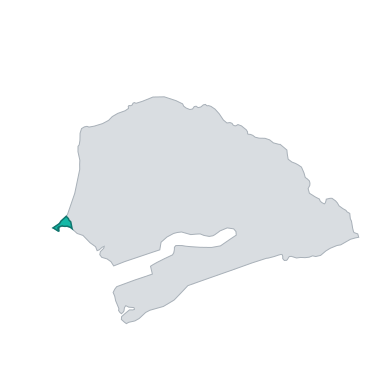 Dakar on a map of Senegal (Albers equal-area conic projection), rotated 341°
{"feature_id": "SEN-759", "entity_name": "Dakar", "entity_type": "Region", "adm_level": 1, "iso_a3": "SEN", "parent_name": "Senegal", "parent_adm1": "", "projection": "albers", "projection_center": [-17.3, 14.755], "detail": "fine", "context": "in_parent", "style": "filled", "palette": "teal", "viewbox_px": 384, "rotation_deg": 341, "n_neighbors": 0, "source": "natural_earth", "source_scale": "10m", "svg_char_len": 3480}
<svg xmlns="http://www.w3.org/2000/svg" viewBox="0 0 384 384"><g transform="rotate(341 192 192)"><path d="M290.9,175.7L295.4,183.2L294.5,186.9L293.6,192.3L296.2,196.2L299.1,198.6L301.2,200.9L303.6,204.1L304.1,210.5L303.8,215.1L305.3,217.2L306.6,219.8L306.4,222.0L305.6,224.0L302.9,226.6L302.6,231.4L307.2,237.1L310.2,240.2L310.2,242.0L311.1,244.0L313.2,246.3L314.5,245.7L315.9,243.8L316.6,242.5L320.5,242.9L322.3,243.5L324.9,247.2L325.9,249.7L326.5,252.9L329.2,256.8L331.6,259.5L332.1,261.2L334.2,263.6L333.0,268.8L333.3,271.5L332.1,278.6L331.8,281.9L332.0,283.1L335.1,285.6L334.9,289.1L331.7,288.6L326.3,288.3L315.4,290.4L311.7,289.8L304.5,290.2L299.4,291.3L293.0,293.8L288.0,293.3L285.2,291.6L281.6,291.8L277.6,290.9L273.3,289.2L269.3,288.4L265.0,285.2L263.0,284.7L261.7,285.6L260.5,286.7L259.3,287.4L257.0,286.8L256.1,284.6L256.8,282.5L257.0,280.9L255.9,280.0L253.3,279.8L249.1,279.8L242.4,279.3L240.8,278.9L225.8,278.6L210.2,278.8L197.0,278.9L180.3,279.0L168.5,279.1L157.6,279.2L149.2,283.6L140.0,288.3L127.7,290.9L113.6,290.1L109.0,290.8L104.3,292.9L100.9,294.4L96.0,295.3L89.7,294.6L87.1,295.1L85.6,292.9L83.7,289.5L84.9,286.9L88.7,285.3L94.5,283.1L97.5,284.2L99.3,284.3L99.6,282.9L99.1,282.2L94.7,280.3L92.4,277.9L90.5,279.3L88.9,282.4L87.6,283.3L85.6,284.1L84.5,282.1L84.0,280.1L84.9,278.5L84.4,269.9L85.0,265.3L84.7,261.3L87.4,258.7L90.0,257.0L100.1,256.8L109.5,256.6L118.5,256.7L127.8,256.7L128.6,248.7L131.5,248.0L135.9,247.2L144.0,246.1L153.1,245.1L155.0,243.5L156.5,240.9L157.4,238.5L159.3,237.4L161.8,238.2L165.1,239.4L168.6,241.3L172.6,243.1L175.2,244.2L181.6,246.9L192.4,250.8L201.4,252.2L212.1,249.2L219.8,247.2L220.7,243.7L219.4,240.4L213.6,237.4L205.8,237.9L203.4,238.7L199.7,239.8L197.5,240.2L193.8,239.6L189.1,236.9L186.1,234.3L182.0,233.1L177.0,231.9L169.1,226.4L165.0,225.5L161.1,225.2L153.7,226.4L146.4,229.4L142.7,236.2L135.4,236.1L119.9,236.0L105.7,235.9L93.9,236.4L92.7,231.5L89.9,227.6L85.4,224.4L84.4,221.3L85.9,218.6L90.3,216.4L91.3,214.8L89.0,215.0L85.5,216.5L83.2,216.6L83.0,212.3L79.1,206.8L74.8,197.6L69.9,193.8L65.8,186.3L61.6,183.4L57.6,182.1L54.3,182.3L53.1,185.8L48.9,180.8L54.6,179.1L66.8,172.9L80.7,155.1L93.2,134.1L94.8,129.2L96.3,125.4L97.3,116.8L99.1,111.7L100.7,110.7L102.8,106.8L105.3,100.0L108.2,96.1L111.4,95.4L114.0,95.7L115.8,97.1L121.0,97.9L129.7,98.2L136.5,97.1L141.2,94.7L147.4,93.5L155.2,93.4L159.2,92.3L159.6,90.3L160.6,89.7L162.2,90.5L163.8,90.2L165.2,88.8L166.6,88.7L168.0,89.9L174.5,90.1L186.0,89.5L196.8,93.0L206.7,100.5L211.8,105.6L212.1,108.2L213.8,110.7L216.8,113.3L219.5,113.7L221.9,112.0L223.8,112.2L225.2,114.2L228.0,114.5L231.1,113.3L233.3,113.6L233.8,114.8L234.3,115.4L235.8,115.7L237.8,117.2L240.8,121.2L243.2,126.9L245.1,134.1L247.5,138.1L250.5,138.7L252.2,140.1L252.6,141.9L253.5,143.0L254.9,143.7L257.4,143.2L260.3,145.6L263.6,150.9L264.1,153.3L263.6,154.7L263.8,155.6L265.9,156.5L267.9,158.2L269.6,160.8L273.1,163.0L278.5,165.0L282.4,168.0L284.9,172.0L289.8,175.3L290.9,175.7Z" fill="#d9dde1" stroke="#a8b0b8" stroke-width="1"/><path d="M66.7,187.6L65.4,185.7L64.0,184.5L63.3,183.9L62.3,183.5L61.3,183.3L60.6,183.1L58.6,182.1L58.4,181.7L56.8,181.7L55.5,181.6L54.4,181.7L53.3,182.4L53.7,182.9L54.3,183.0L53.9,183.7L53.3,184.0L53.5,184.1L53.8,184.5L53.6,185.3L53.3,185.6L52.7,185.3L49.6,181.4L48.9,180.7L56.5,178.7L58.7,176.8L65.2,174.1L66.2,176.3L66.5,177.1L66.5,177.4L66.5,178.5L66.7,178.9L67.4,180.2L67.6,180.6L67.6,181.0L66.7,187.5L66.7,187.6Z" fill="#14b8a6" stroke="#0f766e" stroke-width="1.5"/></g></svg>